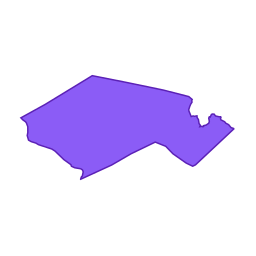 outline of Dilkhil, Dikhil, Djibouti, rotated 64°
{"feature_id": "41766387B9467441741428", "entity_name": "Dilkhil", "entity_type": "district", "adm_level": 2, "iso_a3": "DJI", "parent_name": "Djibouti", "parent_adm1": "Dikhil", "projection": "equal_earth", "projection_center": [42.604, 11.271], "detail": "fine", "context": "isolated", "style": "filled", "palette": "violet", "viewbox_px": 256, "rotation_deg": 64, "n_neighbors": 0, "source": "geoboundaries", "source_scale": "gbopen_adm2", "svg_char_len": 1126}
<svg xmlns="http://www.w3.org/2000/svg" viewBox="0 0 256 256"><g transform="rotate(64 128 128)"><path d="M65.3,137.2L70.5,192.2L71.9,219.8L74.5,219.0L77.4,217.4L78.8,217.1L82.9,217.5L88.1,220.0L90.6,221.9L95.3,222.7L97.8,221.0L98.0,220.8L101.2,217.4L103.7,215.8L113.5,205.7L116.6,203.8L124.4,200.9L128.3,199.5L135.9,195.4L137.6,195.6L140.4,193.3L143.9,188.4L145.7,187.3L147.8,187.5L151.1,190.1L151.4,191.0L151.5,191.3L153.2,193.0L153.3,193.0L154.1,158.9L152.5,136.5L152.6,109.7L161.0,102.1L170.9,98.9L185.0,91.1L190.7,86.6L190.7,83.5L175.2,33.3L174.7,33.3L172.8,35.2L169.1,36.1L167.2,37.5L166.6,38.0L164.7,38.4L161.4,40.9L160.2,40.8L159.4,39.9L158.5,39.8L158.0,41.0L155.5,44.1L153.3,44.5L152.4,46.1L152.4,47.1L154.2,49.3L153.6,50.0L154.5,51.1L157.7,52.0L159.1,53.3L159.6,56.4L159.4,57.4L159.0,59.1L159.7,59.4L159.7,60.1L158.8,61.1L158.3,62.9L157.3,61.8L155.2,62.2L151.3,61.0L149.0,61.3L147.3,60.7L146.6,63.2L145.7,64.2L145.4,66.2L139.5,65.8L138.0,65.3L136.4,63.7L136.0,63.4L134.0,61.1L132.9,59.2L131.2,58.6L130.5,57.8L126.4,59.6L109.5,79.5L86.3,109.5L65.3,137.2Z" fill="#8b5cf6" stroke="#5b21b6" stroke-width="1.5"/></g></svg>